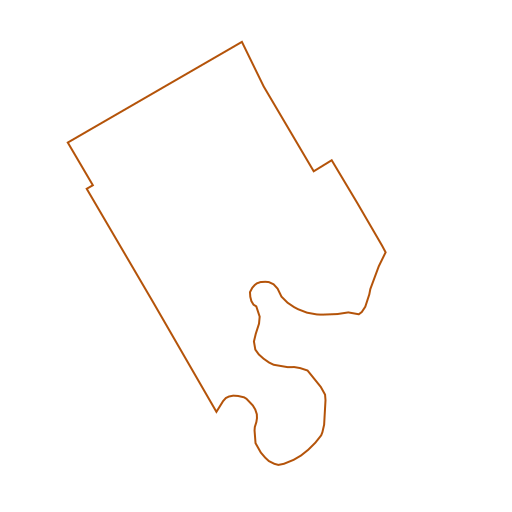 Vanderburgh, Indiana, United States of America (Natural Earth projection), rotated 329°
{"feature_id": "52423323B71593821490385", "entity_name": "Vanderburgh", "entity_type": "district", "adm_level": 2, "iso_a3": "USA", "parent_name": "United States of America", "parent_adm1": "Indiana", "projection": "natural_earth1", "projection_center": [-87.601, 37.997], "detail": "fine", "context": "isolated", "style": "outline", "palette": "amber", "viewbox_px": 512, "rotation_deg": 329, "n_neighbors": 0, "source": "geoboundaries", "source_scale": "gbopen_adm2", "svg_char_len": 1219}
<svg xmlns="http://www.w3.org/2000/svg" viewBox="0 0 512 512"><g transform="rotate(329 256 256)"><path d="M153.1,61.8L152.6,111.3L145.5,111.2L144.0,243.4L141.8,369.2L153.1,363.4L157.0,362.2L160.4,362.5L164.6,364.0L168.5,366.7L173.0,371.0L174.3,373.5L176.3,382.5L176.3,387.2L175.2,392.1L173.3,395.5L170.8,398.5L166.9,402.0L164.9,404.8L159.2,416.2L158.9,427.0L160.0,433.5L161.4,438.4L164.7,443.6L167.6,446.6L172.9,448.5L183.3,450.1L191.8,450.2L200.9,449.0L210.7,446.6L219.5,443.3L222.2,441.2L227.5,435.7L241.3,415.4L243.8,410.4L244.1,401.6L241.2,380.7L236.1,374.8L231.7,371.0L225.8,367.5L215.1,358.3L212.3,354.0L209.6,347.9L207.7,341.8L207.2,335.9L210.2,328.2L215.8,322.5L223.7,315.6L227.9,309.9L230.3,299.3L228.8,296.5L228.8,292.3L230.1,288.0L232.2,283.9L236.5,281.3L240.0,280.2L242.8,279.9L244.5,280.3L246.3,280.6L250.7,282.9L253.6,285.0L256.5,289.3L257.7,295.1L256.9,304.0L259.0,312.3L262.3,319.4L264.6,323.2L270.5,330.8L277.9,337.3L280.4,339.0L282.8,340.5L295.9,347.7L306.1,351.9L314.1,358.9L317.8,358.5L323.5,355.8L333.3,347.3L337.0,343.2L356.0,328.0L369.0,319.6L369.4,312.0L370.1,262.7L370.2,212.9L349.1,213.1L349.5,164.1L349.9,114.7L354.2,65.2L153.1,61.8Z" fill="none" stroke="#b45309" stroke-width="2"/></g></svg>